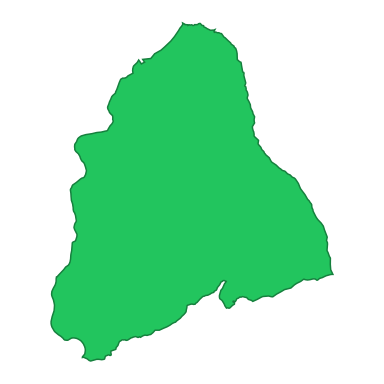 the district of Turnu Rosu, Sibiu, Romania
{"feature_id": "2599482B72596568655749", "entity_name": "Turnu Rosu", "entity_type": "district", "adm_level": 2, "iso_a3": "ROU", "parent_name": "Romania", "parent_adm1": "Sibiu", "projection": "orthographic", "projection_center": [24.318, 45.612], "detail": "fine", "context": "isolated", "style": "filled", "palette": "green", "viewbox_px": 384, "rotation_deg": 0, "n_neighbors": 0, "source": "geoboundaries", "source_scale": "gbopen_adm2", "svg_char_len": 5877}
<svg xmlns="http://www.w3.org/2000/svg" viewBox="0 0 384 384"><path d="M82.4,357.5L83.3,357.3L83.9,357.4L87.3,358.9L89.2,360.5L90.7,361.0L96.7,359.3L98.8,359.3L101.8,359.7L104.1,359.3L104.7,358.8L104.9,357.6L105.4,356.3L105.8,356.0L108.4,354.9L109.0,355.0L109.8,355.4L110.7,355.4L110.9,355.3L111.2,354.4L110.8,352.3L111.0,351.0L115.7,349.4L115.9,349.0L116.1,347.6L117.9,345.5L119.0,342.4L119.5,341.5L120.8,340.8L122.1,339.9L122.7,339.8L123.9,340.0L125.0,339.7L125.9,340.3L126.9,340.3L128.0,339.9L131.1,337.9L132.2,337.6L133.3,337.1L135.3,336.6L135.9,336.6L137.8,337.4L138.7,337.3L139.4,336.7L140.5,337.3L142.7,335.9L144.9,335.1L147.1,335.4L149.4,334.7L150.7,334.5L153.0,332.6L155.1,330.2L159.3,330.2L163.4,328.3L167.0,326.8L169.9,325.2L172.1,323.6L173.8,322.7L175.6,322.1L176.6,321.0L180.4,318.1L181.9,316.3L184.0,314.4L185.7,312.4L186.1,311.5L186.3,309.9L186.8,307.8L187.0,305.9L187.4,305.3L191.1,304.1L192.3,304.1L193.5,304.4L195.1,304.2L195.7,303.3L197.1,302.4L199.8,299.3L202.8,296.5L204.5,296.1L205.5,295.5L207.8,295.2L210.1,294.1L211.5,293.1L213.7,292.4L213.9,292.2L214.0,291.7L214.4,291.2L216.2,290.2L216.6,289.7L217.4,287.5L219.7,284.7L220.6,282.9L220.9,282.1L222.3,281.4L223.2,280.6L224.2,280.5L225.5,281.2L226.2,281.4L225.6,282.4L224.5,283.8L222.5,288.4L220.9,290.3L219.5,295.2L219.4,296.1L219.5,297.7L219.7,298.4L220.1,299.0L221.8,300.2L222.2,300.7L224.0,303.6L225.0,306.0L226.4,308.0L226.5,308.1L227.1,307.8L229.1,308.2L229.9,307.9L232.6,305.3L234.4,304.2L234.5,302.9L234.2,302.5L233.1,302.0L233.0,301.6L233.2,301.2L233.6,301.1L234.9,301.5L235.4,301.5L236.2,300.1L236.6,299.1L237.2,298.5L238.1,298.3L239.0,297.7L239.6,297.1L241.2,297.1L242.6,296.6L245.7,297.4L246.5,297.4L248.4,299.4L251.5,300.4L252.8,301.4L257.2,299.4L261.8,296.9L263.0,296.5L268.6,296.0L271.2,296.7L272.8,296.8L276.6,294.1L281.2,291.6L284.5,289.6L290.9,288.0L294.5,284.8L296.8,283.3L300.7,281.4L303.5,279.3L304.4,279.3L304.9,279.6L307.4,280.0L309.9,279.7L313.1,278.9L314.2,278.9L315.4,279.1L316.7,280.1L317.5,280.1L318.1,279.7L319.6,278.4L322.3,277.6L326.0,275.8L330.3,274.6L331.8,274.4L332.9,274.4L330.7,269.7L330.3,264.3L330.4,258.1L329.3,256.2L328.2,253.0L327.0,250.5L327.5,244.2L327.4,242.6L326.5,240.6L327.2,237.2L327.0,236.5L324.5,230.0L323.3,226.1L321.1,223.0L317.9,219.7L316.8,218.2L315.8,216.6L313.1,211.2L312.8,209.3L312.2,208.4L311.8,206.6L311.7,204.8L311.3,203.9L310.0,202.3L309.3,201.0L307.6,199.3L305.0,194.7L300.7,189.0L299.9,187.3L298.4,183.5L295.4,179.0L294.3,178.0L292.3,177.2L290.2,175.0L287.5,173.8L285.2,171.4L284.4,171.0L282.9,170.6L281.6,169.9L280.9,169.1L279.0,167.9L276.2,165.1L271.7,162.1L271.0,161.1L269.2,157.7L265.9,154.9L265.2,153.9L264.5,153.2L263.8,151.5L261.8,149.6L261.0,147.6L260.5,146.8L259.1,145.3L258.1,143.9L258.1,143.2L258.5,140.7L258.5,140.3L254.3,136.4L254.0,135.3L254.1,134.2L253.7,131.8L253.1,130.6L252.7,129.0L252.5,128.2L252.4,126.6L254.6,122.9L254.3,121.8L254.1,119.7L254.6,116.8L253.0,113.7L252.6,111.7L251.1,108.8L250.6,107.6L250.3,104.6L248.9,101.5L247.3,98.7L247.3,97.4L247.9,95.5L248.0,95.0L247.4,92.2L246.7,90.9L246.1,90.0L246.1,88.2L245.7,86.7L245.0,86.3L244.7,85.8L245.6,83.6L245.7,82.7L244.1,76.6L243.8,75.1L244.0,73.2L243.7,72.4L242.8,72.1L242.6,71.5L241.5,65.3L241.2,63.1L240.9,62.2L240.0,61.9L238.8,61.0L238.1,60.3L237.3,59.7L237.1,53.6L236.6,51.0L235.7,48.3L234.3,47.3L234.0,46.1L231.2,44.1L230.6,42.9L227.9,40.5L225.3,37.9L223.9,37.0L221.5,33.6L220.5,33.5L218.8,32.7L217.5,32.8L215.7,32.0L214.6,32.4L214.3,32.3L214.1,31.7L214.1,31.2L214.9,29.6L213.1,30.3L212.6,30.1L210.6,30.3L207.0,28.6L205.6,27.6L203.9,26.9L203.8,26.7L203.7,25.9L203.6,25.7L202.7,25.4L202.0,25.5L200.5,23.7L200.0,23.4L198.6,23.7L197.7,24.5L196.2,24.7L194.7,24.6L193.8,25.4L192.8,25.5L192.0,24.9L191.2,24.8L190.3,25.1L189.4,24.8L188.1,25.4L188.1,24.8L185.0,24.6L184.8,24.5L184.8,24.2L182.6,23.0L182.8,24.3L181.7,26.1L180.0,28.1L178.5,30.7L174.4,36.7L170.8,41.1L164.5,47.1L161.0,50.2L154.7,53.7L150.8,58.5L142.7,59.4L144.6,62.2L141.3,63.9L139.7,61.4L138.7,60.0L137.2,62.5L133.8,65.8L133.4,66.4L132.8,68.6L132.7,69.7L132.6,70.6L133.0,73.2L128.1,75.8L127.6,76.2L127.4,76.6L125.7,77.8L123.9,78.2L122.7,78.1L120.7,79.3L119.4,82.2L116.8,89.5L115.5,92.2L115.6,92.7L115.4,93.2L112.6,95.6L111.7,96.8L110.8,99.1L109.5,101.8L108.9,103.8L107.7,106.7L107.6,107.8L107.9,109.0L109.1,111.3L109.5,112.5L110.8,114.0L112.5,115.6L112.8,117.3L112.7,119.6L113.3,121.1L112.5,122.9L111.8,124.0L110.2,125.7L108.4,128.7L107.8,130.0L107.1,130.7L106.7,130.9L105.3,131.1L101.2,132.1L96.9,132.5L91.8,133.7L85.9,134.6L81.7,135.8L80.6,136.3L78.6,137.8L77.9,138.6L77.4,139.5L76.5,141.8L75.1,143.8L74.8,144.4L74.6,146.1L74.6,147.2L74.8,148.2L74.8,149.5L74.9,149.9L75.9,151.5L78.4,153.8L79.9,156.4L80.5,158.4L81.4,160.2L82.0,161.1L83.7,162.6L84.4,163.8L85.5,167.0L86.4,170.4L86.4,171.0L85.6,174.5L84.2,177.2L83.4,177.7L81.7,178.2L80.5,179.0L75.9,182.8L72.7,185.0L72.2,185.8L71.6,187.5L70.6,189.1L70.4,189.9L70.9,193.3L71.1,196.7L71.3,198.8L71.4,200.3L72.6,203.9L73.2,207.8L73.2,209.2L73.5,211.0L74.0,212.0L74.5,212.6L75.5,215.4L76.2,219.9L76.3,220.9L76.2,221.5L75.3,222.9L74.7,224.2L74.1,226.8L74.0,227.6L74.6,229.5L76.9,234.1L77.0,234.7L76.9,236.5L75.7,240.4L75.3,241.0L73.0,242.1L72.6,242.4L72.3,242.9L71.7,250.6L71.0,253.9L70.8,255.5L70.6,258.9L70.1,261.7L69.4,263.6L68.4,265.2L65.6,267.1L63.7,269.7L58.3,275.4L57.1,276.9L56.5,276.9L56.2,278.4L56.1,281.6L55.6,283.7L55.1,285.1L53.3,288.3L51.9,291.4L51.6,294.0L51.7,295.2L52.1,296.6L53.4,299.8L54.1,302.9L54.5,305.1L54.4,307.0L54.1,310.7L52.2,316.5L51.1,321.4L51.1,323.6L51.4,325.3L52.0,327.1L54.3,331.1L55.0,331.9L58.5,334.8L60.9,336.3L63.3,338.5L63.8,339.3L64.7,340.0L67.0,340.3L67.9,340.2L71.3,338.2L72.1,338.0L73.9,337.9L76.3,338.3L77.6,338.8L79.3,339.7L80.8,340.7L81.9,341.9L83.3,343.7L84.6,346.5L85.1,348.1L85.3,349.5L85.3,350.8L84.8,353.9L83.3,355.9L82.6,356.5L82.5,356.8L82.4,357.5Z" fill="#22c55e" stroke="#15803d" stroke-width="1.5"/></svg>